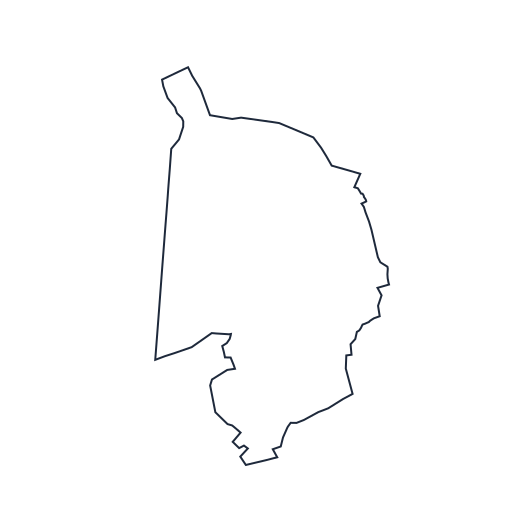 outline of Baure, Katsina, Nigeria, rotated 255°
{"feature_id": "59680162B19484855656708", "entity_name": "Baure", "entity_type": "district", "adm_level": 2, "iso_a3": "NGA", "parent_name": "Nigeria", "parent_adm1": "Katsina", "projection": "natural_earth1", "projection_center": [8.765, 12.798], "detail": "fine", "context": "isolated", "style": "outline", "palette": "slate", "viewbox_px": 512, "rotation_deg": 255, "n_neighbors": 0, "source": "geoboundaries", "source_scale": "gbopen_adm2", "svg_char_len": 1833}
<svg xmlns="http://www.w3.org/2000/svg" viewBox="0 0 512 512"><g transform="rotate(255 256 256)"><path d="M56.1,224.4L65.0,222.2L65.6,230.6L73.7,235.1L81.8,241.6L82.9,242.6L85.9,246.3L84.3,251.9L85.2,259.7L89.1,275.8L89.6,280.9L90.2,286.3L95.4,303.3L97.8,313.6L124.0,313.6L136.6,317.5L135.9,322.7L146.3,324.5L150.1,330.4L156.6,333.8L157.2,336.0L157.7,336.9L159.5,338.9L161.0,340.1L162.2,341.2L162.4,343.9L162.7,345.7L163.0,347.9L163.8,349.2L164.7,351.8L165.3,353.8L165.8,359.9L176.3,361.0L185.5,367.1L193.8,365.1L194.0,377.1L196.5,377.1L200.3,377.4L204.3,378.2L209.6,380.0L211.6,380.2L217.7,374.5L223.3,373.4L251.4,374.3L260.0,374.1L269.8,373.1L275.5,372.9L279.3,371.5L279.8,374.6L280.2,376.6L281.3,376.7L283.1,376.3L285.1,375.5L285.8,375.7L287.2,375.5L288.6,375.0L288.8,374.4L289.1,373.6L290.7,373.2L292.5,372.7L294.0,372.2L294.9,372.0L295.3,371.5L295.9,370.6L296.2,370.2L296.3,369.9L296.4,369.6L296.5,369.4L296.8,369.1L297.0,368.8L308.4,378.0L314.7,367.6L323.7,352.5L334.4,349.7L343.7,346.9L355.7,342.1L378.4,312.8L381.0,306.9L393.5,277.4L394.5,268.5L403.9,248.0L429.8,245.8L432.4,245.3L446.6,241.0L455.9,239.2L454.0,228.7L450.7,210.9L443.9,210.4L431.5,211.5L420.4,216.3L414.4,216.6L408.5,220.1L404.9,220.6L399.6,219.1L388.5,211.8L381.5,201.9L363.1,195.5L359.7,194.3L343.3,188.5L336.6,186.2L321.5,180.9L303.7,174.6L290.6,170.0L269.6,162.6L251.3,156.2L227.3,147.8L208.8,141.3L181.8,131.8L182.8,142.1L183.3,152.2L184.6,170.3L193.0,193.3L191.4,197.7L187.3,209.9L187.3,210.6L187.2,211.6L185.9,211.0L182.7,209.1L179.4,205.2L177.8,200.1L171.5,200.1L166.1,199.8L164.5,205.2L156.6,206.2L152.5,206.5L153.4,198.7L148.1,181.5L142.8,178.2L115.6,176.3L101.0,185.0L98.5,189.1L96.3,190.7L89.4,195.4L82.5,185.4L74.8,190.0L76.0,195.3L72.2,198.3L66.3,188.9L56.8,192.1L56.2,212.4L56.1,224.4Z" fill="none" stroke="#1e293b" stroke-width="2"/></g></svg>